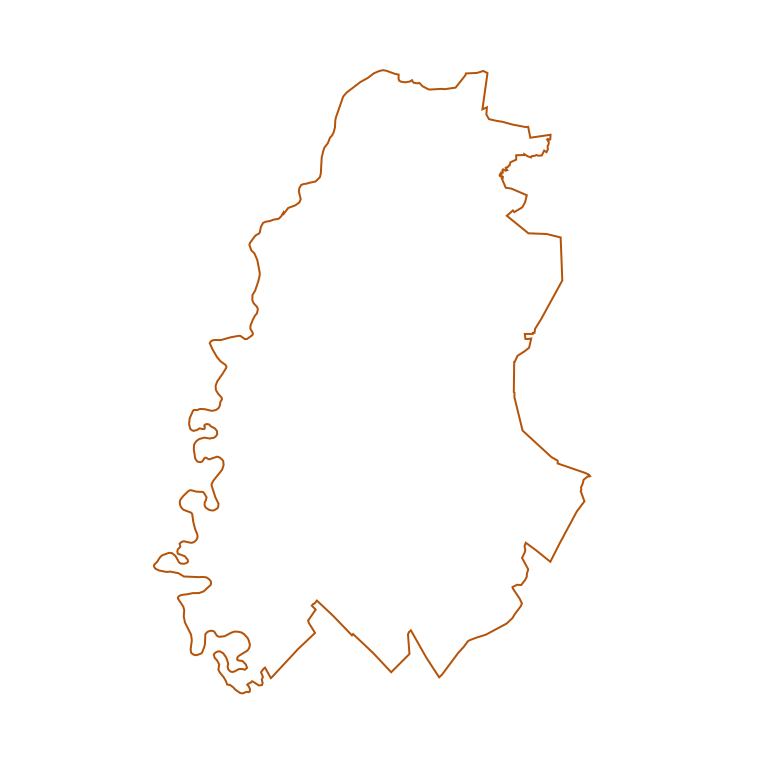 outline of Puchenii Mari, Prahova, Romania, rotated 95°
{"feature_id": "2599482B6135961809734", "entity_name": "Puchenii Mari", "entity_type": "district", "adm_level": 2, "iso_a3": "ROU", "parent_name": "Romania", "parent_adm1": "Prahova", "projection": "orthographic", "projection_center": [26.095, 44.824], "detail": "fine", "context": "isolated", "style": "outline", "palette": "amber", "viewbox_px": 768, "rotation_deg": 95, "n_neighbors": 0, "source": "geoboundaries", "source_scale": "gbopen_adm2", "svg_char_len": 6133}
<svg xmlns="http://www.w3.org/2000/svg" viewBox="0 0 768 768"><g transform="rotate(95 384 384)"><path d="M585.7,597.3L587.9,595.7L589.4,591.7L590.2,584.1L589.5,580.6L590.4,572.3L593.2,566.6L592.5,551.1L592.0,547.8L592.1,544.1L593.8,541.1L595.6,539.4L597.2,538.9L599.2,539.1L606.3,545.6L608.4,550.0L609.0,556.5L610.4,560.8L611.8,567.2L612.9,569.5L614.7,570.7L615.8,570.5L623.2,564.6L626.8,563.3L633.2,563.2L639.1,561.4L650.4,554.4L656.0,553.1L665.0,553.5L668.1,552.9L669.0,552.2L670.3,550.0L670.5,547.0L668.4,542.6L667.4,541.8L661.1,540.0L658.0,539.7L648.8,540.2L646.3,538.2L645.3,536.3L644.8,534.4L645.1,532.2L645.7,531.3L649.0,528.8L649.8,527.6L650.2,525.7L649.1,520.7L645.0,514.4L643.7,511.4L643.5,508.5L643.7,506.0L644.0,504.3L645.3,501.7L649.2,497.5L651.3,496.4L655.2,494.9L658.0,495.1L659.5,495.6L661.6,497.0L667.6,505.1L669.2,506.2L671.2,506.3L672.1,505.0L672.2,501.0L675.5,497.1L678.7,495.7L680.8,497.7L680.2,500.6L680.6,503.6L683.4,507.9L684.1,509.8L683.9,511.7L682.0,514.2L679.0,515.2L676.4,514.8L673.4,515.9L669.9,517.6L666.3,520.7L664.6,524.3L665.1,526.6L665.8,527.8L667.0,529.2L668.4,530.0L671.6,528.8L673.7,526.4L677.7,523.7L682.9,524.1L685.5,522.6L690.0,518.2L693.6,515.7L697.1,514.0L697.3,511.1L699.2,507.9L701.5,505.4L704.4,500.3L704.5,497.6L703.0,494.9L702.6,493.1L702.8,491.9L702.0,490.9L699.5,491.0L697.1,492.3L695.6,494.0L694.6,493.3L693.0,490.6L691.7,489.8L691.7,489.0L695.2,482.4L694.6,479.4L692.6,478.8L689.1,480.0L686.4,479.1L681.8,481.4L678.0,479.0L676.9,477.8L686.9,471.1L686.7,470.8L655.5,446.5L638.0,431.0L628.8,437.9L626.3,439.0L614.7,432.4L611.1,436.6L609.6,435.6L608.6,434.0L605.6,432.0L619.2,414.7L637.2,394.0L635.8,393.0L652.8,371.5L670.5,351.7L650.7,335.1L631.3,338.3L628.8,337.4L627.1,335.7L652.9,318.0L671.4,303.5L668.5,300.9L645.5,286.7L638.7,281.5L632.8,277.9L631.8,276.4L628.8,270.2L624.8,260.6L611.9,240.9L605.8,235.5L602.1,233.8L593.5,228.4L590.6,227.5L586.1,230.1L576.2,238.0L575.1,238.3L572.4,233.9L572.3,229.8L567.0,226.4L563.7,225.0L560.7,225.1L556.0,224.2L545.3,231.3L538.8,228.9L536.8,228.8L533.4,229.9L529.8,228.9L535.9,218.8L546.6,202.8L527.9,195.3L494.1,180.8L483.4,174.1L473.6,178.7L472.3,178.2L469.8,178.7L466.4,177.5L461.8,176.7L457.4,171.9L458.2,171.4L457.9,170.7L456.5,171.9L455.2,175.4L448.0,204.1L446.0,204.1L445.1,204.6L442.2,210.9L418.3,241.9L385.9,252.9L381.4,253.3L380.7,254.0L350.7,256.2L350.7,255.8L344.2,253.4L339.0,246.6L335.2,242.6L325.9,241.3L326.7,244.9L326.7,247.1L321.9,248.1L321.1,240.1L320.0,240.1L319.9,238.5L315.8,238.3L306.3,233.4L265.3,215.4L222.6,220.8L220.4,235.1L221.3,253.3L205.7,276.3L199.9,270.7L201.4,269.2L195.9,261.6L190.6,259.3L183.5,258.2L178.2,274.3L177.9,279.8L168.9,284.6L168.7,283.7L167.2,283.7L166.7,286.6L165.9,287.0L164.6,286.5L164.8,285.3L163.1,285.7L163.0,284.1L160.7,284.6L159.9,284.3L159.8,283.9L160.9,281.7L160.3,279.9L158.1,281.6L157.6,281.2L157.2,279.7L155.6,278.6L155.3,277.9L152.1,277.4L149.0,271.9L144.6,272.2L143.7,264.2L142.8,264.3L144.6,260.8L145.5,257.3L144.2,256.8L143.5,253.6L142.6,252.2L143.1,250.5L142.6,246.7L137.5,244.8L138.9,242.3L135.9,241.2L132.7,241.8L131.2,241.0L128.9,240.8L126.2,242.8L125.6,242.2L126.3,240.6L125.9,239.7L121.2,239.8L125.9,259.7L115.2,262.8L115.7,265.2L114.3,278.9L112.5,288.6L112.0,295.1L111.0,302.5L106.6,305.5L99.4,305.6L101.8,309.9L65.2,308.0L63.5,312.4L66.0,318.4L67.5,329.5L69.3,329.8L82.5,338.5L85.0,349.1L85.0,352.4L86.7,364.4L86.6,365.3L84.0,371.6L80.9,375.1L81.6,377.1L81.3,380.6L80.5,381.6L78.9,382.6L80.5,384.8L81.6,389.1L81.4,393.2L80.5,395.3L78.6,396.1L74.5,396.4L74.0,400.5L71.7,409.0L71.5,412.1L71.8,413.7L73.1,417.0L75.4,421.2L80.5,426.8L85.2,433.8L96.9,446.6L101.2,449.7L122.9,455.2L126.1,455.5L132.6,455.2L138.1,456.2L141.1,457.5L143.2,459.2L149.2,461.0L153.6,463.9L156.4,464.7L163.7,465.8L179.8,465.3L183.6,465.9L188.2,469.8L190.4,476.9L190.9,477.7L191.8,481.4L192.9,483.8L196.2,485.4L199.7,485.6L207.0,483.1L210.4,484.1L213.7,487.8L217.0,494.8L223.1,498.6L221.9,499.1L226.2,501.2L228.6,503.4L229.7,507.8L231.6,511.9L232.7,516.1L234.1,518.5L238.2,520.3L244.1,521.0L245.0,521.6L247.0,524.6L248.6,525.9L255.5,530.0L257.3,530.2L262.5,527.8L265.1,524.5L271.6,521.0L284.0,517.5L286.7,517.3L292.3,518.1L302.2,520.5L306.6,522.7L311.2,522.6L312.8,522.1L314.8,521.0L318.1,517.4L319.5,516.5L321.1,516.2L324.9,516.8L326.8,518.3L331.4,520.3L337.5,522.1L340.4,522.0L344.9,519.0L346.7,519.3L351.1,524.4L351.4,526.5L348.6,531.3L348.7,533.0L350.8,540.7L354.5,550.5L354.9,556.5L355.5,558.6L356.5,560.1L358.5,561.2L364.2,558.0L371.6,552.8L375.6,548.9L378.8,543.5L380.4,542.5L381.7,542.6L388.2,545.9L396.0,550.4L400.6,551.6L404.4,551.0L405.7,550.2L408.1,548.4L411.7,544.6L413.4,544.1L416.3,545.5L418.8,545.5L421.5,546.2L423.0,547.2L424.5,549.2L425.6,552.3L425.7,553.8L424.7,560.4L424.9,565.3L426.3,567.8L426.4,570.8L427.0,571.8L435.1,574.6L441.0,574.7L445.6,573.1L446.9,571.2L447.3,569.7L446.2,566.3L444.3,563.9L444.7,560.2L444.4,559.0L442.7,558.6L441.7,559.3L440.8,559.3L439.9,558.5L439.3,556.9L439.6,554.6L441.2,552.9L443.0,548.6L445.4,546.3L448.6,545.8L450.6,546.8L452.4,548.8L453.5,552.8L453.1,558.3L454.9,563.2L456.1,564.7L457.6,566.2L460.9,567.9L465.5,567.8L474.7,565.6L477.3,563.5L477.8,561.9L477.9,560.1L476.9,558.2L473.2,556.2L472.9,554.8L474.2,552.2L474.2,551.3L470.9,543.8L471.5,541.4L473.4,538.6L474.7,537.5L478.7,536.7L483.5,537.8L495.0,545.5L498.6,547.0L500.2,546.9L511.6,542.1L517.7,538.4L521.2,538.5L522.6,539.4L524.7,542.5L525.0,543.9L524.7,547.1L522.8,550.7L521.3,551.8L519.5,552.3L517.2,552.2L515.4,551.3L512.3,550.9L507.9,554.1L507.3,555.3L507.6,561.5L506.6,566.9L506.9,568.3L508.0,569.8L513.3,574.4L516.9,576.7L519.2,577.2L522.0,576.7L524.3,575.5L526.0,573.9L526.9,572.4L529.0,564.8L530.4,563.7L537.9,562.0L545.3,559.4L549.4,557.2L551.6,556.5L553.4,556.5L555.8,557.4L557.7,559.1L558.9,561.4L559.0,562.8L558.1,569.9L559.2,572.2L561.0,573.7L563.5,572.8L564.3,572.9L566.6,575.0L569.0,575.3L571.0,574.6L572.9,567.5L576.1,564.3L577.7,563.8L578.8,564.2L579.8,565.5L580.5,567.5L580.6,570.6L579.8,572.4L573.7,576.6L572.7,577.8L571.0,580.5L570.8,582.0L571.0,583.7L574.1,590.2L576.4,592.2L580.9,594.5L584.1,597.2L585.7,597.3Z" fill="none" stroke="#b45309" stroke-width="2"/></g></svg>